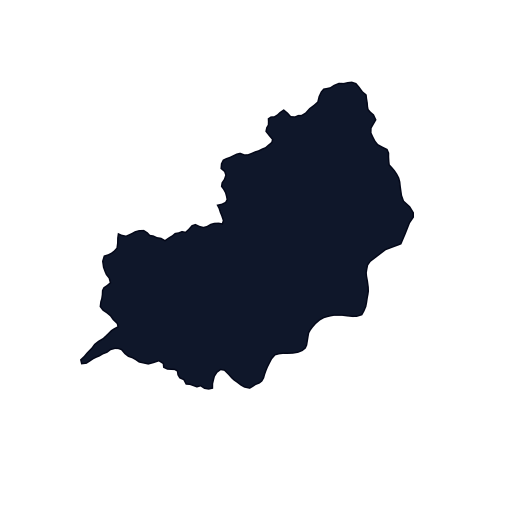 outline of Capitólio, Minas Gerais, Brazil, rotated 311°
{"feature_id": "56859067B5400147838049", "entity_name": "Capitólio", "entity_type": "district", "adm_level": 2, "iso_a3": "BRA", "parent_name": "Brazil", "parent_adm1": "Minas Gerais", "projection": "mercator", "projection_center": [-46.158, -20.611], "detail": "fine", "context": "isolated", "style": "filled", "palette": "ink", "viewbox_px": 512, "rotation_deg": 311, "n_neighbors": 0, "source": "geoboundaries", "source_scale": "gbopen_adm2", "svg_char_len": 3386}
<svg xmlns="http://www.w3.org/2000/svg" viewBox="0 0 512 512"><g transform="rotate(311 256 256)"><path d="M449.6,228.6L450.9,222.9L451.6,218.3L449.9,214.3L447.0,211.6L443.7,209.2L440.6,205.4L436.0,203.1L431.8,201.9L428.7,199.6L426.4,197.7L422.8,197.7L417.8,199.1L412.8,201.7L408.0,201.1L402.5,199.9L396.5,199.8L391.9,198.3L389.8,195.9L386.5,194.3L383.8,190.8L384.4,186.1L384.3,181.2L380.0,180.1L376.7,179.8L372.9,178.6L370.7,176.2L367.7,175.4L365.5,177.5L363.0,179.5L360.0,180.0L356.7,181.8L355.7,187.0L354.9,192.1L352.1,193.5L347.9,192.8L344.1,192.3L340.8,190.6L337.1,189.1L334.1,187.2L330.5,185.5L327.1,183.7L324.6,181.0L323.0,176.7L320.2,174.7L317.4,173.5L313.4,171.8L309.9,169.8L306.9,168.5L303.0,169.5L299.2,172.3L299.3,176.9L297.3,180.3L293.1,182.0L289.0,182.5L286.0,184.4L285.3,187.7L283.9,191.5L281.9,194.5L279.7,197.3L276.5,198.0L272.7,196.4L269.1,193.7L267.8,197.0L265.7,200.4L264.0,203.8L261.4,208.2L258.1,209.6L256.2,206.4L253.2,203.2L250.2,201.2L246.1,199.8L243.0,197.7L241.1,194.0L239.9,189.7L236.9,187.9L232.0,187.9L227.6,187.4L225.8,184.2L222.7,182.6L219.9,180.3L216.5,179.8L212.9,178.6L207.8,177.3L206.9,172.7L204.7,169.2L203.6,165.3L201.7,162.3L202.1,158.8L201.5,154.6L198.3,151.2L195.0,149.0L191.7,147.8L188.8,146.5L185.6,145.0L183.3,140.8L182.4,137.7L179.0,139.9L174.9,143.3L170.8,146.0L166.7,145.9L163.3,145.2L160.1,143.9L156.4,141.6L151.5,143.8L147.5,148.4L145.4,152.2L143.9,155.3L143.1,159.7L140.3,163.8L135.6,163.0L132.3,162.1L129.3,162.9L125.9,165.6L122.6,167.7L119.7,169.0L115.7,171.7L114.8,176.1L115.4,180.7L115.5,185.5L114.4,190.0L114.1,195.7L112.1,198.4L108.0,196.8L104.9,195.9L100.1,195.6L93.4,194.9L88.3,193.2L83.4,192.3L78.9,192.7L75.6,192.5L71.9,192.3L67.6,192.4L62.7,191.9L60.4,195.1L63.8,198.2L67.9,199.4L71.7,200.4L74.8,201.7L77.7,203.2L81.7,204.5L85.6,206.6L89.9,207.5L93.8,210.1L95.9,212.7L97.2,215.9L96.4,221.1L96.6,225.5L98.2,229.4L99.0,233.2L99.4,237.3L101.6,241.3L103.9,245.5L108.2,248.4L113.3,251.4L114.1,256.6L111.5,259.4L112.6,263.3L114.9,266.3L117.1,269.1L117.7,272.2L115.2,275.1L114.1,278.4L115.4,282.7L113.6,287.3L115.9,290.4L117.2,293.7L118.5,297.2L121.8,299.3L122.4,303.9L124.6,307.5L127.7,309.8L131.1,306.9L134.9,304.9L137.9,303.4L142.6,302.7L147.1,303.7L149.2,307.1L148.8,313.1L148.2,317.6L148.1,320.8L148.5,324.4L148.8,329.2L149.6,333.2L152.2,337.9L155.6,339.0L158.7,339.8L162.3,341.7L165.4,342.3L169.0,341.6L172.1,340.1L175.9,338.6L179.7,337.3L184.0,336.2L188.6,335.1L193.9,335.1L197.3,337.4L200.3,340.1L203.2,343.5L207.0,347.5L210.9,350.7L215.0,352.8L218.8,353.5L221.9,352.6L225.8,350.2L229.5,347.9L232.5,346.1L235.7,345.4L239.3,345.1L244.0,345.1L249.5,345.9L254.0,347.5L257.1,349.5L259.9,351.5L262.4,353.5L265.0,356.5L267.9,359.8L270.7,364.0L273.8,368.4L276.6,371.5L281.1,374.3L285.3,373.4L289.9,371.9L293.5,369.8L297.4,367.3L300.5,365.5L303.1,363.8L306.1,361.0L310.0,356.6L313.2,352.6L315.6,350.1L318.5,348.3L322.3,346.1L326.8,345.6L345.8,349.5L360.2,357.3L370.7,353.9L381.7,350.0L388.5,349.2L391.8,346.3L393.9,339.7L394.1,331.3L397.1,326.0L403.2,319.0L406.1,315.9L408.4,312.5L409.9,308.7L411.0,304.7L411.6,301.1L412.1,296.7L414.4,294.2L417.7,291.0L420.6,288.5L422.3,285.0L421.0,280.1L419.8,274.7L420.6,270.4L422.4,265.9L424.2,261.9L428.0,258.8L432.5,257.9L437.3,257.0L439.5,252.1L439.5,247.8L440.0,244.4L441.9,242.0L444.4,239.5L447.3,236.0L449.7,233.4L449.6,228.6Z" fill="#0f172a" stroke="#020617" stroke-width="1.5"/></g></svg>